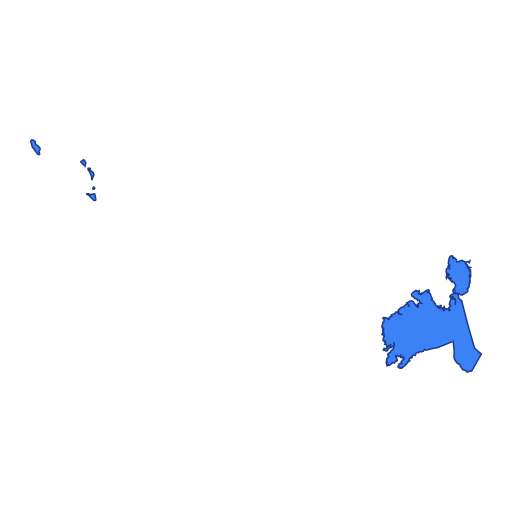 the district of Sokehs, Pohnpei, Federated States of Micronesia
{"feature_id": "79324940B45103387354775", "entity_name": "Sokehs", "entity_type": "district", "adm_level": 2, "iso_a3": "FSM", "parent_name": "Federated States of Micronesia", "parent_adm1": "Pohnpei", "projection": "robinson", "projection_center": [158.146, 6.985], "detail": "fine", "context": "isolated", "style": "filled", "palette": "blue", "viewbox_px": 512, "rotation_deg": 0, "n_neighbors": 0, "source": "geoboundaries", "source_scale": "gbopen_adm2", "svg_char_len": 6047}
<svg xmlns="http://www.w3.org/2000/svg" viewBox="0 0 512 512"><path d="M471.6,371.2L481.3,354.1L474.6,348.2L468.5,327.2L462.1,302.4L461.6,302.2L462.0,301.0L458.8,298.5L458.2,293.6L455.2,293.7L453.8,293.5L450.5,295.3L449.9,296.3L450.1,297.1L451.1,296.8L452.1,297.5L453.3,295.9L452.6,297.7L452.9,299.0L454.4,298.2L454.8,298.4L455.6,300.3L455.2,304.9L455.5,300.1L454.7,298.5L453.2,299.3L452.8,299.1L452.4,298.1L451.3,297.9L450.6,299.0L450.9,299.5L449.6,302.7L449.9,303.8L449.4,304.1L450.3,305.5L450.9,305.5L451.2,305.7L451.5,305.6L450.7,305.9L450.5,305.6L448.5,308.2L449.9,310.1L450.7,310.2L449.4,310.7L448.6,309.3L445.4,308.6L444.4,309.2L444.4,310.9L444.3,309.3L443.7,310.5L443.1,309.6L444.4,307.0L444.1,306.6L443.4,308.6L442.8,308.4L443.3,308.8L443.0,309.5L442.6,308.1L440.8,307.3L441.2,305.8L440.7,305.4L440.1,305.6L440.3,306.2L440.2,307.1L440.4,306.4L440.2,305.8L440.9,305.7L440.3,308.0L440.0,307.8L440.1,305.9L439.8,307.9L439.4,307.0L438.7,307.6L438.6,306.8L437.5,307.2L437.7,306.0L435.5,305.3L435.3,303.8L434.6,303.5L434.5,302.5L432.4,300.1L431.6,299.9L432.3,298.5L431.1,296.7L430.4,293.9L428.8,292.3L427.2,292.4L427.3,292.0L429.1,291.5L429.3,290.6L428.6,289.9L426.7,290.2L421.2,294.3L421.3,293.4L420.5,294.0L418.5,294.0L419.6,291.6L419.1,290.7L418.6,291.5L416.0,290.5L415.9,291.2L414.8,291.1L412.2,293.1L411.5,294.7L412.0,296.2L413.6,296.9L414.6,298.4L417.2,299.3L417.5,300.5L418.5,300.0L419.3,300.5L419.8,302.0L421.4,303.2L418.3,303.2L417.9,308.1L417.7,304.5L417.2,304.5L417.1,305.6L416.6,305.7L416.8,307.0L413.2,301.5L412.0,300.9L410.0,301.1L406.8,302.9L408.9,305.6L409.1,306.1L408.6,306.8L408.8,305.5L406.9,303.5L403.9,306.5L400.6,307.8L398.1,310.2L398.9,313.6L399.2,313.7L400.5,314.4L401.4,314.3L401.5,314.4L400.5,314.5L398.4,313.8L398.0,312.3L396.4,311.9L395.5,312.2L394.8,313.6L391.3,315.0L391.1,315.7L391.6,316.5L390.1,316.7L388.9,318.0L389.4,318.6L389.6,319.4L388.9,318.5L388.3,319.4L387.2,318.1L385.2,318.3L385.4,317.8L383.9,317.4L382.8,318.3L383.8,318.7L384.0,321.6L382.8,322.2L382.5,324.6L381.7,326.5L382.4,327.9L383.4,327.5L382.7,328.3L383.5,328.9L382.9,329.4L383.6,329.9L383.2,330.6L383.6,331.0L383.2,331.3L383.5,332.5L382.8,331.8L383.0,333.3L381.9,334.3L382.3,334.8L383.9,334.9L383.7,336.0L384.2,336.1L384.2,336.4L383.0,339.1L383.7,339.9L383.2,340.6L384.1,341.0L384.7,342.4L385.2,341.6L385.6,343.2L384.9,344.3L385.8,344.2L386.4,344.8L386.7,346.6L386.9,346.7L387.4,346.4L387.7,346.5L387.0,347.9L385.3,348.8L384.2,348.3L384.0,349.3L383.4,349.6L383.8,350.4L384.8,350.3L386.0,351.1L387.4,350.6L388.4,348.9L390.8,347.2L390.0,345.4L389.0,345.5L388.7,346.2L388.3,346.4L388.9,345.5L389.2,345.4L390.1,345.4L390.6,345.1L390.7,344.1L390.7,345.1L390.2,345.5L391.3,347.5L394.3,345.4L394.0,344.8L393.9,343.8L393.6,343.3L393.8,343.0L394.5,345.2L393.4,346.6L393.7,348.1L392.5,349.8L391.1,350.6L390.7,352.0L388.1,353.6L387.8,355.4L388.7,356.5L386.7,358.7L387.0,359.3L386.5,360.3L386.9,361.5L386.4,361.9L387.0,362.1L386.4,363.5L387.3,364.7L386.7,364.5L387.1,365.8L387.6,365.2L388.7,365.4L388.7,364.9L389.2,365.3L390.3,364.8L392.4,362.6L392.7,363.0L394.0,362.6L394.3,363.0L396.2,360.6L396.7,361.0L397.3,360.7L396.9,358.5L395.0,355.7L396.3,356.5L396.5,355.8L397.1,356.1L396.5,355.4L399.0,356.7L400.7,355.1L400.8,358.0L401.1,357.1L401.5,357.7L402.4,357.5L402.0,357.1L403.1,356.4L403.0,355.7L403.1,356.7L403.8,357.3L404.1,358.8L403.0,359.2L402.8,360.1L401.2,361.5L401.2,362.6L401.8,363.4L399.3,363.8L397.9,366.7L398.3,367.6L399.7,367.4L399.7,368.1L400.4,368.3L401.0,367.8L401.5,368.3L405.3,365.3L405.4,364.4L406.7,364.0L407.6,361.7L408.6,361.8L408.7,360.7L409.7,360.7L409.0,359.6L409.7,358.3L410.8,358.3L411.3,357.1L412.2,357.4L412.2,356.1L413.4,355.0L415.0,355.6L416.2,353.0L418.2,352.3L418.5,352.7L420.2,351.5L421.8,351.8L423.3,351.2L424.5,349.4L425.4,350.2L426.3,350.1L436.1,347.7L436.7,348.0L453.2,341.3L454.2,350.8L454.0,357.7L454.9,360.1L457.3,363.3L460.5,365.1L460.3,366.2L462.7,369.7L465.4,370.5L467.4,372.2L470.5,371.0L471.6,371.2ZM467.9,288.8L467.4,288.4L468.8,287.5L469.3,285.3L469.0,284.7L470.1,282.4L469.5,282.0L470.1,280.7L469.7,280.4L470.3,277.3L469.8,276.8L469.6,277.2L469.3,276.3L469.7,276.3L469.8,275.5L470.8,275.9L470.8,275.1L469.8,275.4L470.3,275.0L469.6,274.5L470.6,273.4L470.5,270.8L469.6,271.1L469.5,270.7L470.4,270.6L470.4,269.8L468.7,268.6L470.6,267.4L470.1,267.2L468.2,268.6L469.0,267.9L468.9,267.2L468.1,266.7L467.3,267.3L467.0,266.5L467.6,265.3L466.5,264.1L465.9,264.3L465.3,262.8L467.6,261.6L469.3,262.7L469.8,261.0L468.6,261.9L467.5,261.5L465.2,262.7L464.8,261.6L463.0,261.2L462.3,260.3L459.7,261.0L458.0,262.1L456.9,261.9L456.4,259.7L454.6,257.9L453.3,257.9L452.7,258.9L453.1,256.7L452.7,256.2L452.1,255.8L450.3,256.1L449.0,258.6L449.2,259.5L449.0,259.2L448.3,262.3L448.5,264.3L450.0,265.4L449.4,266.1L448.9,265.6L448.1,266.1L449.5,268.1L449.7,269.2L449.6,269.6L449.4,268.3L448.4,267.0L446.4,269.2L446.1,271.5L446.7,274.4L447.3,274.4L447.4,273.3L448.7,273.9L448.9,274.8L448.1,275.3L447.1,274.9L446.7,275.1L446.6,276.5L446.1,277.0L446.5,278.0L447.0,275.1L448.4,275.6L447.8,275.8L448.1,276.8L447.8,277.2L448.9,278.8L449.3,278.8L450.1,277.1L449.3,278.9L449.7,279.3L451.6,277.7L450.1,279.9L451.6,281.5L452.2,281.2L452.4,282.2L453.7,282.2L455.6,284.9L455.6,286.0L454.4,288.3L454.7,290.3L453.6,289.1L453.1,289.7L453.0,291.5L453.9,292.7L452.8,292.7L457.1,293.6L457.6,293.4L458.5,293.6L460.9,294.9L462.4,295.0L467.1,292.1L467.7,291.4L467.9,288.8ZM31.8,139.8L30.7,141.1L32.2,146.8L37.4,153.9L38.9,154.7L39.5,154.4L39.7,153.5L38.8,152.0L40.2,149.1L39.9,148.1L38.1,145.9L35.8,144.5L35.2,142.7L35.3,141.5L33.5,140.2L31.8,139.8ZM90.7,194.6L88.2,193.7L86.9,193.7L86.7,194.2L88.9,195.4L93.7,200.2L95.0,200.6L95.6,200.2L95.8,198.8L94.8,194.0L94.0,193.8L90.7,194.6ZM91.7,180.2L93.9,174.9L93.0,172.3L90.0,170.1L89.2,171.3L91.6,176.4L91.7,180.2ZM85.0,166.2L85.8,162.5L84.5,160.4L83.7,160.9L84.1,160.4L83.6,159.7L80.9,161.6L80.9,162.2L85.0,166.2ZM88.9,170.7L90.4,168.8L89.7,168.0L88.0,168.5L88.1,170.0L88.9,170.7ZM94.8,188.3L93.7,187.0L93.0,187.7L92.8,188.9L94.1,189.2L94.8,188.3Z" fill="#3b82f6" stroke="#1e3a8a" stroke-width="1.5"/></svg>